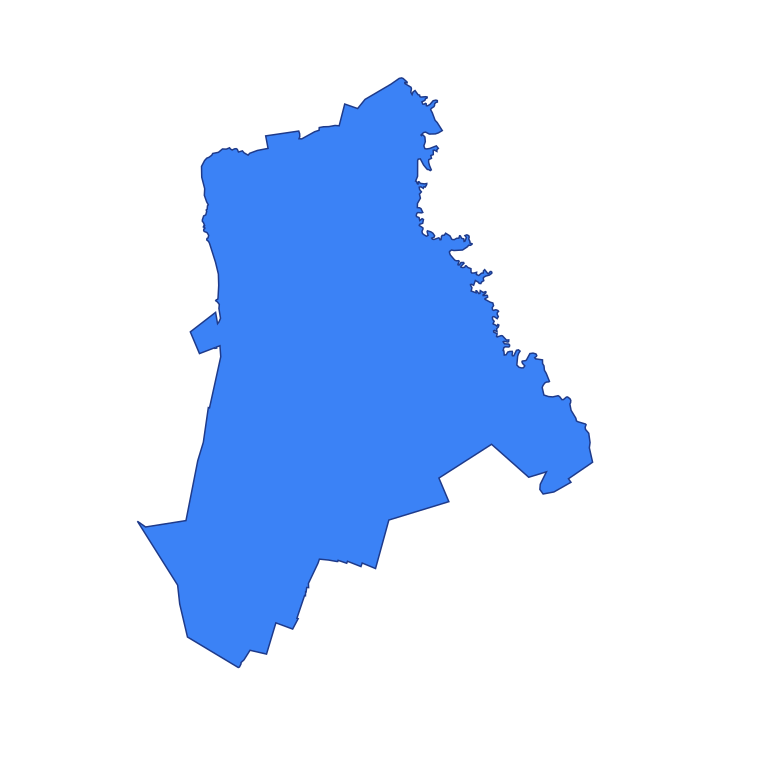 Tanlajás, San Luis Potosí, Mexico (Mercator projection), rotated 100°
{"feature_id": "50627088B17582677528322", "entity_name": "Tanlajás", "entity_type": "district", "adm_level": 2, "iso_a3": "MEX", "parent_name": "Mexico", "parent_adm1": "San Luis Potosí", "projection": "mercator", "projection_center": [-98.882, 21.745], "detail": "fine", "context": "isolated", "style": "filled", "palette": "blue", "viewbox_px": 768, "rotation_deg": 100, "n_neighbors": 0, "source": "geoboundaries", "source_scale": "gbopen_adm2", "svg_char_len": 6141}
<svg xmlns="http://www.w3.org/2000/svg" viewBox="0 0 768 768"><g transform="rotate(100 384 384)"><path d="M688.5,478.3L687.8,477.2L684.5,476.2L683.1,476.4L680.0,474.0L669.5,469.7L670.4,452.8L638.0,449.0L641.2,431.4L630.0,427.8L629.9,429.1L606.1,425.5L606.2,424.6L602.3,425.1L602.3,424.6L597.8,424.8L597.6,422.9L593.5,423.8L572.1,417.9L567.7,417.2L567.0,408.1L567.0,398.9L567.4,398.8L565.6,398.6L567.0,389.6L564.9,389.2L567.8,375.0L564.1,374.4L567.2,360.3L517.1,355.6L488.6,299.7L467.1,313.6L424.7,267.6L450.7,225.3L442.3,208.8L455.6,212.7L460.8,212.2L464.7,208.2L460.8,197.9L448.3,182.8L445.3,185.9L424.8,165.0L411.2,170.7L405.9,170.9L397.0,173.8L393.7,177.7L391.6,178.4L389.0,177.9L388.4,178.7L387.5,186.5L386.9,188.1L384.4,189.1L377.4,195.2L371.4,197.5L370.0,197.0L367.7,197.2L366.2,198.3L364.9,200.9L365.2,202.1L368.2,204.6L368.5,206.1L365.9,208.9L365.3,210.5L367.4,215.6L367.8,219.8L367.1,224.6L360.0,227.6L358.0,227.2L355.2,225.9L353.9,224.4L353.3,222.1L352.7,221.5L345.3,226.1L342.6,228.4L338.4,229.6L336.3,231.4L332.7,232.1L332.9,239.0L331.9,240.2L330.3,238.7L329.4,238.5L328.0,239.6L327.7,242.6L328.7,245.6L335.7,247.9L336.5,248.9L337.4,251.8L338.3,252.0L339.7,251.1L341.7,248.5L343.8,249.5L344.3,251.2L344.1,253.9L342.2,256.5L333.5,257.2L330.7,256.8L328.0,255.7L327.0,257.5L327.8,259.4L333.7,261.1L333.9,262.4L333.0,262.9L330.7,262.9L329.6,263.4L330.1,265.8L331.1,267.7L334.0,268.8L334.6,270.6L330.6,271.7L330.4,272.5L327.3,272.3L326.3,271.0L325.9,267.7L325.4,267.0L323.9,267.0L323.0,268.1L323.5,272.3L321.8,274.0L321.1,273.2L321.2,269.3L320.7,268.6L318.9,268.8L319.5,271.0L316.0,275.7L316.0,277.0L318.0,280.7L317.7,281.4L314.9,281.3L313.8,285.0L312.6,285.3L312.0,284.6L312.8,281.8L310.1,282.7L308.0,281.3L306.0,281.1L305.6,282.2L307.3,283.0L306.2,285.4L306.1,286.7L305.6,287.1L303.1,286.4L301.5,288.3L299.5,288.8L298.8,288.4L298.5,287.2L300.0,283.9L297.8,283.1L295.6,284.7L294.1,284.8L292.5,283.8L291.8,284.7L291.5,286.1L291.6,287.3L292.5,288.7L292.1,290.0L290.0,290.7L287.8,289.7L285.3,290.9L285.0,293.5L283.1,299.2L282.5,299.4L280.5,297.0L279.0,297.5L278.7,298.0L279.7,301.7L279.1,301.9L276.8,299.7L275.7,299.5L275.4,300.0L276.6,302.2L275.3,305.4L278.1,305.3L278.5,306.3L276.1,309.0L276.3,309.6L278.2,309.2L277.3,314.3L273.9,314.1L271.8,315.9L271.0,316.1L270.6,315.0L271.2,312.9L266.2,312.0L267.4,308.8L268.4,307.7L268.3,306.1L266.5,305.5L264.9,303.7L263.1,304.5L261.8,304.5L260.1,302.6L258.5,299.2L256.3,297.1L255.2,297.2L254.6,298.2L254.8,298.9L257.1,300.2L257.2,301.0L253.9,304.7L255.4,305.7L257.4,305.5L258.0,307.3L260.7,309.5L260.1,312.0L257.9,312.2L259.0,314.4L259.5,316.7L258.7,317.7L255.3,318.4L254.7,321.6L253.3,323.7L253.5,324.3L255.0,324.8L255.7,326.6L255.6,328.5L254.8,328.7L251.3,326.2L250.5,326.7L251.0,329.3L253.6,330.5L253.9,331.6L253.4,332.0L250.1,331.3L249.6,331.9L250.1,334.1L249.7,335.9L245.4,341.1L243.4,342.3L242.2,342.5L240.3,340.8L240.4,338.3L238.4,329.9L234.3,325.6L232.7,324.8L232.4,322.9L231.2,321.6L230.6,321.6L230.3,323.7L228.6,324.2L226.5,325.7L224.5,325.6L223.2,326.3L222.7,328.3L223.8,330.1L225.5,328.3L229.3,329.1L229.7,329.9L227.2,330.7L227.1,332.8L224.9,334.5L224.9,335.3L227.4,335.6L227.9,337.8L229.6,339.8L229.8,341.1L229.7,342.4L226.7,344.7L224.8,349.5L226.9,350.4L227.6,352.5L228.7,353.0L231.9,352.9L232.3,353.8L230.8,354.8L230.6,355.6L233.0,359.9L233.0,361.5L232.1,362.4L230.6,360.1L229.2,359.9L227.0,362.0L226.0,364.3L225.6,367.8L226.5,368.0L230.0,366.4L231.1,367.8L229.9,371.0L228.9,372.4L227.1,373.1L224.5,372.5L223.4,372.9L221.8,376.8L220.6,376.7L219.0,373.8L215.1,373.7L214.6,375.2L216.8,377.2L214.0,378.4L213.5,381.0L212.4,381.5L210.4,381.4L209.3,380.5L208.9,376.6L208.3,375.6L204.9,378.0L204.3,379.5L204.5,381.8L200.4,382.4L194.7,380.4L190.8,382.1L188.3,380.5L186.3,382.7L184.1,383.5L183.4,381.9L184.5,379.3L182.8,378.9L182.9,377.6L180.3,376.6L179.1,376.7L179.9,378.9L180.1,383.0L178.7,384.7L178.9,385.3L181.1,385.2L181.1,385.8L178.8,387.4L178.7,388.1L173.6,387.0L158.0,389.7L156.6,389.3L156.0,387.3L161.4,383.1L163.5,380.7L165.2,378.6L165.1,377.1L165.8,375.5L164.9,374.6L161.0,377.1L157.7,378.6L155.3,378.9L153.5,376.4L150.9,377.6L149.5,375.3L145.3,376.1L144.9,375.0L145.8,372.3L144.1,372.6L142.5,371.4L140.4,373.8L144.1,379.9L145.1,382.8L145.1,384.6L142.6,386.1L138.2,385.4L133.7,386.6L132.1,388.6L132.1,389.4L132.9,390.2L132.4,390.8L129.5,388.7L128.7,386.8L130.0,382.8L128.8,376.9L127.3,374.1L124.3,370.6L117.3,377.0L115.4,379.5L108.4,383.6L105.8,385.7L104.4,385.3L102.2,383.0L101.0,382.6L99.2,382.8L97.7,381.7L97.1,380.4L95.6,380.7L95.4,382.2L96.5,384.8L100.7,387.3L102.5,389.4L102.6,390.6L100.7,391.1L100.4,391.9L101.5,393.1L101.6,394.4L99.6,395.7L97.6,393.0L95.9,392.7L94.8,391.2L93.9,391.3L93.8,392.7L95.0,397.4L94.7,398.6L93.3,399.1L93.2,400.7L89.6,404.4L91.3,406.1L94.1,406.6L91.9,408.3L88.6,408.2L87.1,408.9L84.5,415.6L83.5,415.9L83.3,413.5L82.6,413.7L79.8,418.2L79.5,419.8L80.4,422.1L87.5,429.2L107.0,452.1L117.3,457.8L115.1,471.3L137.5,473.0L137.9,477.1L140.1,483.0L141.2,488.3L142.7,492.3L145.4,492.0L147.6,496.1L156.9,507.6L157.2,510.3L155.1,509.9L152.2,510.5L149.7,511.9L160.2,543.6L172.1,539.1L176.0,549.3L180.1,556.3L182.2,557.6L180.6,562.0L179.0,563.9L180.8,567.6L178.4,569.2L177.9,570.5L178.4,572.1L179.9,574.1L179.3,576.0L178.2,577.1L180.1,580.1L180.6,583.9L184.6,587.3L186.7,592.7L188.7,593.4L191.1,595.7L192.4,597.8L195.1,599.5L201.4,601.5L212.0,599.4L222.8,594.5L229.4,593.7L235.4,590.3L238.0,588.2L239.2,588.8L242.6,588.5L243.5,589.3L244.9,588.6L248.4,588.9L249.8,590.8L254.0,591.4L255.4,591.1L256.3,589.9L259.2,588.1L259.8,588.4L259.6,588.9L260.7,589.2L261.4,587.5L262.1,587.5L262.7,588.3L264.0,588.3L265.0,587.6L265.6,584.6L268.0,582.5L270.6,582.6L271.4,583.6L272.9,583.6L274.1,581.5L275.9,580.2L293.3,571.1L304.5,566.2L315.6,563.9L328.0,562.4L329.5,562.5L330.2,563.8L331.2,564.2L332.2,562.2L334.3,560.0L338.3,559.7L347.7,556.4L351.5,557.3L353.5,558.4L342.7,562.3L366.3,583.8L386.1,571.0L377.8,557.2L378.3,556.8L377.7,555.1L376.8,555.6L374.8,552.2L385.5,549.5L437.8,551.7L437.7,552.9L472.8,551.8L491.9,554.1L552.9,555.3L566.2,594.0L562.0,603.0L617.9,552.3L636.1,547.0L667.3,533.6L688.5,478.3Z" fill="#3b82f6" stroke="#1e3a8a" stroke-width="1.5"/></g></svg>